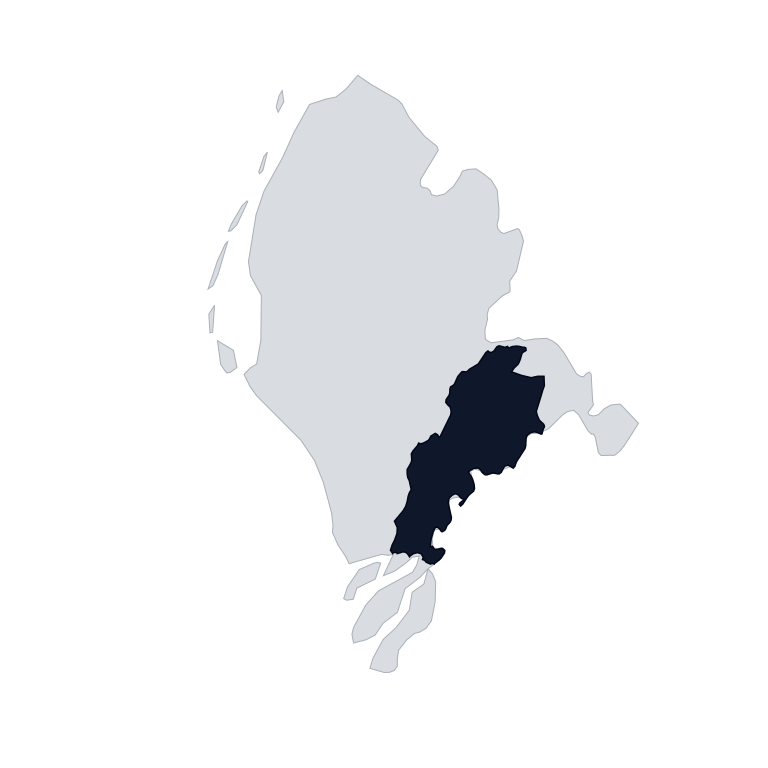 Noord-Brabant on a map of Netherlands (Robinson projection), rotated 301°
{"feature_id": "NLD-3483", "entity_name": "Noord-Brabant", "entity_type": "Province", "adm_level": 1, "iso_a3": "NLD", "parent_name": "Netherlands", "parent_adm1": "", "projection": "robinson", "projection_center": [5.036, 51.526], "detail": "fine", "context": "in_parent", "style": "filled", "palette": "ink", "viewbox_px": 768, "rotation_deg": 301, "n_neighbors": 0, "source": "natural_earth", "source_scale": "10m", "svg_char_len": 5545}
<svg xmlns="http://www.w3.org/2000/svg" viewBox="0 0 768 768"><g transform="rotate(301 384 384)"><path d="M481.4,622.4L468.0,622.1L455.4,621.7L448.8,620.9L441.7,618.4L438.5,613.2L434.5,607.0L435.6,603.1L447.3,592.3L449.0,589.3L447.8,587.7L449.0,582.9L457.9,566.7L459.1,560.2L455.0,555.6L449.2,552.9L430.3,548.1L421.2,541.3L417.1,535.4L412.8,533.7L406.7,535.7L391.0,537.9L378.3,534.8L363.2,523.6L359.7,513.5L357.9,505.9L354.1,503.2L349.1,507.2L342.7,513.4L330.1,514.1L326.5,512.7L325.9,509.2L325.2,505.9L321.7,501.8L318.0,499.6L301.9,511.1L296.0,511.0L288.5,506.6L284.8,502.3L276.6,504.8L269.2,510.1L271.7,520.1L267.7,522.0L258.6,521.1L248.3,516.9L236.8,514.4L219.4,507.5L195.1,513.1L178.3,506.4L164.3,505.7L155.6,500.4L146.3,491.3L153.0,485.4L159.5,483.3L185.1,482.2L203.8,485.8L237.2,505.4L245.7,505.3L254.7,502.8L250.1,497.5L241.7,494.9L229.3,489.6L219.4,482.2L242.7,479.8L239.5,476.0L236.5,469.4L212.0,446.6L216.2,440.4L222.5,427.2L230.3,416.2L236.4,413.2L246.6,405.4L268.6,382.5L282.6,363.9L293.0,341.8L308.3,280.9L312.8,270.5L320.1,259.1L329.2,261.2L335.6,264.5L358.1,255.9L396.7,233.3L408.0,213.8L419.1,204.8L463.3,187.1L487.7,181.8L525.4,180.5L552.6,177.3L585.3,176.2L597.9,187.1L605.2,195.0L616.9,199.5L635.0,202.5L634.1,218.3L634.6,249.4L633.4,254.9L625.4,268.1L617.1,291.7L615.0,307.1L612.4,310.1L577.9,310.0L573.0,312.7L572.4,316.1L574.1,320.0L573.4,324.0L570.7,327.2L572.2,332.4L578.3,338.2L589.2,341.8L600.9,342.2L606.9,341.5L611.4,345.7L615.8,352.1L615.5,360.2L614.0,371.1L608.6,381.1L592.7,392.7L585.6,396.7L578.9,398.8L575.7,401.9L574.3,405.7L574.6,409.2L586.1,418.5L585.9,420.6L582.6,425.4L578.3,430.0L549.0,439.4L536.9,438.7L530.0,443.4L527.8,444.3L520.1,439.9L503.0,434.9L496.5,436.7L492.9,439.4L482.2,442.7L474.5,447.9L474.5,454.6L488.3,471.9L493.1,475.2L493.4,481.7L500.1,489.8L506.9,499.9L507.7,506.4L507.0,512.9L503.5,522.2L491.8,543.9L491.7,548.0L492.7,551.2L496.8,552.0L499.9,553.7L499.0,556.6L476.8,571.6L473.9,574.3L464.6,573.5L463.2,576.0L464.5,580.1L468.1,583.6L476.1,585.5L482.9,589.3L488.5,596.8L481.4,622.4ZM248.3,516.9L246.3,523.2L241.2,530.1L223.7,540.0L205.4,546.6L196.1,545.8L189.6,542.3L186.2,538.8L176.5,535.3L163.2,533.6L154.8,537.3L148.8,540.8L143.7,540.3L139.8,537.3L136.8,532.7L133.0,518.4L143.0,515.8L164.5,514.8L181.2,519.8L203.2,522.2L220.0,515.4L233.2,521.2L248.3,516.9ZM212.2,458.4L225.0,467.4L227.7,470.3L228.7,473.4L212.3,477.0L195.1,465.9L183.6,468.5L179.4,463.3L179.3,460.0L191.2,457.2L212.2,458.4ZM335.3,237.6L322.5,249.4L314.6,246.1L312.4,243.3L316.4,234.2L335.4,218.9L335.3,237.6ZM392.3,185.3L380.3,186.7L374.8,184.3L403.9,177.8L422.3,175.8L425.6,176.7L392.3,185.3ZM470.4,173.2L444.9,175.9L436.3,173.9L434.8,172.0L441.8,170.8L463.6,170.5L470.3,172.2L470.4,173.2ZM364.2,198.2L340.2,210.4L338.2,208.5L353.6,197.9L364.2,198.2ZM574.5,152.7L562.5,153.3L565.9,148.9L577.0,145.6L583.0,145.6L574.5,152.7ZM522.7,164.6L504.6,170.2L500.2,169.1L501.3,167.4L517.2,163.9L522.7,164.6Z" fill="#d9dde1" stroke="#a8b0b8" stroke-width="1"/><path d="M326.8,512.4L325.8,509.5L326.4,507.0L327.2,504.6L326.9,502.1L325.6,500.7L323.4,499.6L321.0,498.9L319.1,498.7L314.7,500.5L304.6,510.3L303.2,511.1L301.4,511.7L299.4,511.8L295.2,510.9L291.4,511.5L289.7,511.4L287.2,509.9L287.4,508.3L288.5,506.2L288.7,503.5L287.7,502.1L286.0,501.9L282.1,502.4L275.1,504.4L268.2,507.6L269.8,508.9L269.5,510.1L268.6,511.4L268.5,513.1L269.5,514.6L272.5,517.4L273.3,519.0L272.6,521.9L270.1,522.9L264.0,522.6L261.4,521.9L256.7,519.9L255.5,519.8L255.3,518.5L254.8,517.5L253.6,516.7L253.1,513.4L253.0,511.6L253.3,511.0L253.4,510.5L253.9,509.8L253.3,507.4L255.8,506.8L257.6,503.0L256.6,499.4L253.8,496.7L250.2,495.0L249.0,494.9L250.6,491.6L250.7,490.9L250.8,488.9L249.9,486.8L249.4,486.3L246.0,483.2L245.9,483.1L246.0,483.1L245.4,480.0L243.7,478.7L243.2,478.7L244.7,475.4L244.8,475.2L250.2,473.9L255.6,473.5L262.6,472.1L267.8,469.3L271.8,463.6L285.3,465.7L290.4,465.6L294.9,464.5L300.3,462.5L303.4,461.8L307.5,461.7L314.1,455.5L316.0,452.6L318.8,450.2L322.6,447.9L329.8,447.8L333.1,447.0L338.2,443.4L341.5,443.3L348.2,444.4L351.3,444.2L351.4,445.1L351.7,446.4L353.7,448.2L358.6,451.1L361.8,451.2L363.3,450.9L368.1,453.4L368.1,456.1L366.6,458.8L367.8,459.2L391.8,457.1L394.3,456.1L396.6,454.5L398.3,452.4L398.9,449.6L400.1,446.4L402.7,445.3L408.0,445.6L410.7,444.8L413.2,443.3L415.7,442.5L418.3,443.9L420.2,444.4L428.5,443.4L434.4,444.4L435.2,445.1L436.8,448.3L438.0,449.0L440.6,449.6L449.8,454.5L463.3,455.1L465.9,456.1L465.5,458.1L466.6,460.1L468.7,461.2L474.0,461.6L476.0,462.9L477.8,468.9L479.9,470.6L479.0,472.2L479.7,473.1L481.0,473.7L482.2,474.7L484.8,478.1L484.9,478.7L485.5,479.4L487.1,484.3L487.9,485.7L487.9,487.1L485.9,488.5L482.7,486.8L481.4,486.5L475.0,488.2L471.4,488.7L469.9,488.7L464.8,487.3L460.1,487.0L462.2,497.4L465.2,506.9L469.8,511.8L473.0,517.2L468.2,520.3L465.2,522.3L461.1,523.1L451.8,525.5L439.0,528.6L436.2,531.4L435.3,532.5L433.0,535.8L431.8,541.4L431.1,542.6L430.2,543.4L429.2,543.7L428.1,543.6L424.9,544.4L422.7,545.1L421.9,544.5L421.5,540.8L420.5,537.6L418.1,535.0L415.0,533.5L412.2,533.2L409.6,534.2L404.0,537.3L401.3,538.1L385.7,537.6L381.6,538.4L380.7,538.6L378.4,538.1L378.4,532.2L376.0,529.9L373.6,529.7L368.5,530.0L366.2,529.0L365.6,528.0L364.3,524.3L363.6,522.9L359.0,518.9L358.2,517.3L358.7,513.7L360.1,511.1L360.6,508.3L358.0,504.4L354.1,502.3L353.7,501.9L351.7,502.4L350.9,503.4L350.4,504.9L349.5,506.9L347.5,509.6L344.4,512.9L341.1,515.4L338.3,516.0L333.2,514.2L330.8,513.7L321.6,513.4L318.8,512.5L319.5,510.5L321.0,510.3L326.8,512.4Z" fill="#0f172a" stroke="#020617" stroke-width="1.5"/></g></svg>